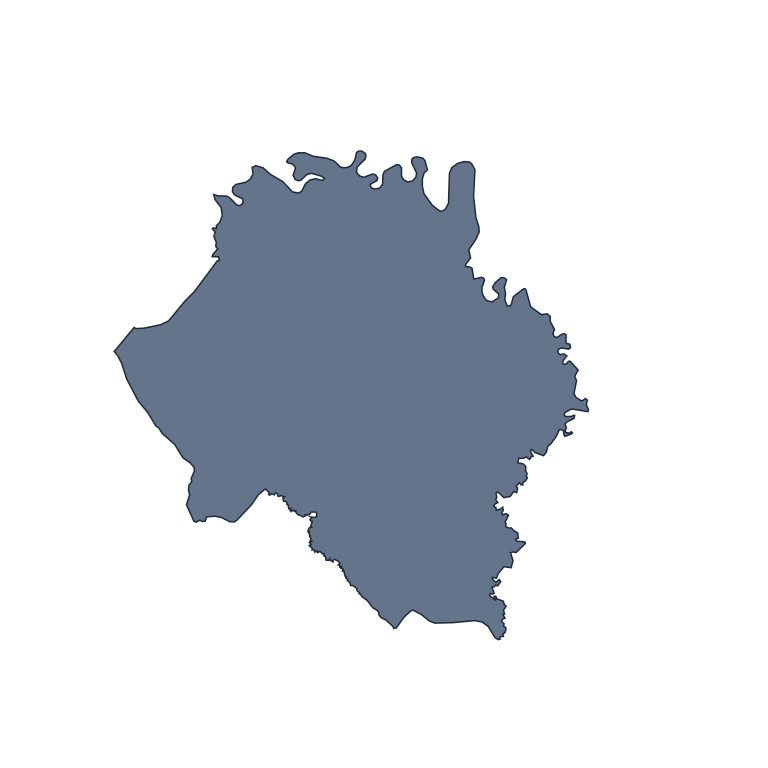 Kanthararom, Si Sa Ket, Thailand (Mercator projection), rotated 309°
{"feature_id": "78962969B19002153549753", "entity_name": "Kanthararom", "entity_type": "district", "adm_level": 2, "iso_a3": "THA", "parent_name": "Thailand", "parent_adm1": "Si Sa Ket", "projection": "mercator", "projection_center": [104.547, 15.116], "detail": "fine", "context": "isolated", "style": "filled", "palette": "slate", "viewbox_px": 768, "rotation_deg": 309, "n_neighbors": 0, "source": "geoboundaries", "source_scale": "gbopen_adm2", "svg_char_len": 6159}
<svg xmlns="http://www.w3.org/2000/svg" viewBox="0 0 768 768"><g transform="rotate(309 384 384)"><path d="M546.7,217.0L539.5,220.4L533.5,221.0L529.8,219.7L526.7,216.8L525.2,213.5L525.9,204.8L523.7,197.9L516.3,185.4L513.9,177.1L509.7,171.9L506.0,169.4L498.0,167.9L495.6,168.3L495.3,170.0L497.3,174.3L496.8,178.1L495.5,179.6L489.0,182.0L487.0,186.3L487.9,189.2L489.7,191.1L498.1,192.2L502.1,195.0L506.4,205.3L506.3,208.5L503.4,208.0L500.5,201.7L496.0,198.1L490.5,196.9L482.0,198.7L478.8,197.6L475.7,192.1L477.6,177.9L475.4,163.5L475.9,154.1L472.9,146.9L469.4,145.2L464.8,150.1L458.8,151.1L453.9,149.7L445.9,143.3L441.6,142.7L438.2,145.1L436.9,148.5L438.9,158.0L436.2,160.3L433.5,160.3L431.8,159.5L430.5,157.2L431.6,146.8L430.9,143.2L425.8,136.8L424.1,132.4L421.0,136.6L418.6,146.4L413.0,152.4L406.2,154.6L401.6,154.1L399.5,156.0L398.0,153.2L396.7,152.8L395.8,157.2L391.7,158.9L388.5,164.6L384.9,166.7L384.5,169.7L377.1,169.4L374.8,170.3L378.7,175.4L376.6,178.1L374.5,176.9L336.5,178.5L323.1,177.1L297.6,176.9L289.5,173.1L276.5,162.5L270.9,156.3L270.7,154.2L239.5,153.9L238.3,159.4L235.0,167.1L226.0,180.8L216.1,203.7L213.1,218.4L207.7,233.6L208.2,236.4L206.0,242.9L205.3,259.5L200.1,274.2L200.7,283.2L199.6,289.0L197.1,291.4L189.0,293.7L187.3,296.0L182.8,296.1L178.4,298.8L175.7,302.6L165.8,306.5L157.7,322.7L158.5,325.0L162.2,326.5L162.8,329.2L164.8,331.4L169.2,329.8L174.8,335.8L177.8,341.2L180.0,350.9L182.5,354.3L185.3,355.4L206.7,357.0L219.1,356.1L227.9,357.8L227.1,363.5L225.5,363.9L225.8,365.3L228.1,365.9L228.8,368.5L231.3,368.2L231.6,369.9L230.0,372.6L233.2,374.9L232.5,376.3L233.6,377.6L231.3,377.6L229.7,379.7L230.8,381.0L230.7,383.4L229.4,383.9L229.6,385.7L227.1,388.4L228.8,389.8L226.8,390.4L226.3,392.0L228.2,392.0L228.0,393.1L229.4,393.6L228.9,394.5L230.1,395.1L228.7,396.5L228.2,399.7L229.0,400.5L229.7,404.8L231.7,405.7L232.7,404.8L233.2,406.7L234.5,406.8L235.1,408.2L238.7,408.1L241.6,411.6L240.7,413.6L238.6,415.0L236.6,414.1L234.4,410.5L234.4,411.9L232.0,411.8L231.4,413.2L232.1,414.7L227.1,416.5L227.3,417.8L224.9,416.4L222.0,417.2L222.5,418.6L221.0,418.6L221.1,419.9L219.8,420.8L219.7,422.2L218.6,422.3L218.0,424.5L215.6,425.3L216.2,426.9L213.9,425.8L213.5,428.4L211.3,427.6L211.1,431.7L209.7,432.5L211.1,433.6L209.8,436.1L211.3,436.1L211.3,438.2L212.3,437.8L212.1,439.0L213.7,439.7L213.2,443.0L214.5,444.6L212.6,445.2L212.8,447.5L210.6,449.7L212.1,452.1L214.1,451.8L213.2,452.6L213.6,456.3L215.1,455.3L216.8,456.4L217.4,460.0L217.1,462.3L214.7,462.4L215.8,463.2L213.9,465.0L215.5,466.0L213.7,466.6L214.4,468.5L212.4,469.5L213.5,470.3L210.1,474.9L210.4,476.0L209.2,476.2L209.4,478.8L208.2,479.3L208.1,482.6L206.4,484.9L207.7,486.4L208.0,491.0L206.3,493.5L206.3,496.1L205.3,496.8L206.1,497.4L204.9,500.5L205.2,507.4L203.0,516.2L203.8,521.2L203.0,524.2L201.3,525.5L200.6,528.9L201.8,534.2L201.2,543.7L200.2,545.5L202.3,547.1L215.0,546.3L224.2,547.6L226.5,548.7L228.3,557.8L228.4,568.6L230.1,573.9L241.9,587.7L257.3,603.5L260.8,610.2L261.1,617.7L256.7,630.1L257.2,633.7L258.9,634.7L258.8,633.8L260.4,633.4L263.1,635.6L264.9,633.5L266.4,634.5L269.2,633.7L271.4,632.0L271.1,629.2L273.2,628.3L273.5,624.9L276.1,624.1L278.2,625.5L279.6,621.4L281.2,622.5L283.3,619.2L288.1,618.8L288.7,615.6L290.3,613.5L288.2,607.0L289.4,604.4L288.1,603.1L286.2,607.1L285.9,599.3L288.0,598.4L288.8,600.5L291.0,601.2L293.9,595.7L295.5,597.1L298.1,597.3L298.6,599.4L303.9,599.1L304.6,596.5L300.4,595.9L300.5,591.4L301.8,590.0L303.9,593.6L308.7,592.0L317.5,592.2L321.2,598.4L327.9,595.5L332.4,588.6L334.5,589.7L336.2,592.8L349.2,594.2L350.0,592.7L345.3,586.0L346.2,583.9L348.7,585.5L352.5,581.4L351.7,576.8L352.3,573.5L350.8,572.0L349.7,568.3L352.3,566.8L352.4,565.1L360.4,563.4L360.1,560.5L356.9,558.4L358.2,556.5L360.9,556.2L362.9,553.8L360.0,553.2L356.6,550.7L358.5,548.7L357.9,546.6L359.9,545.6L363.5,547.1L364.3,543.6L366.6,543.1L369.9,539.6L371.8,540.2L371.2,548.7L375.9,552.8L382.1,552.5L383.0,555.5L387.1,553.4L387.9,551.0L392.7,551.4L391.9,554.0L392.9,555.4L394.9,554.0L397.5,554.9L401.0,554.6L402.1,552.6L404.4,551.6L405.7,548.6L409.0,546.3L409.5,542.4L406.9,537.5L411.2,535.6L413.4,538.5L416.8,540.6L417.0,544.7L420.1,544.2L421.7,545.3L424.1,539.7L426.1,539.9L425.7,544.4L428.7,553.1L432.8,553.1L439.0,550.5L442.6,551.3L450.9,550.9L458.6,549.1L460.1,550.2L460.7,552.9L457.7,555.8L457.2,557.6L463.4,561.2L464.7,561.1L464.8,559.7L462.0,558.4L460.7,555.4L461.7,554.2L464.7,553.4L466.7,549.9L469.6,550.0L476.8,553.3L479.4,552.1L479.4,551.3L477.1,550.3L473.1,545.8L473.1,544.1L475.2,542.4L482.6,545.4L490.9,559.9L492.7,559.1L495.2,554.3L499.4,552.2L499.6,549.7L496.4,549.0L495.1,547.5L494.4,541.6L496.1,537.7L507.8,531.5L509.9,527.4L517.0,526.1L518.8,514.2L517.8,513.2L513.9,513.0L512.2,510.5L514.5,508.5L520.9,508.4L520.6,504.8L517.7,502.5L517.8,500.0L519.2,498.1L521.8,498.0L523.9,499.6L527.3,505.6L529.7,506.1L531.9,503.4L530.4,500.3L530.8,499.2L536.8,494.6L536.7,492.6L535.0,491.1L528.8,489.0L528.0,486.1L529.8,483.4L533.8,482.1L537.3,473.6L541.1,470.8L541.3,466.8L536.9,462.5L536.3,449.4L546.9,434.5L546.6,433.2L545.1,432.3L533.3,429.6L525.5,433.0L523.6,432.4L522.2,430.4L526.0,424.4L530.4,421.9L534.7,416.8L542.2,413.7L542.3,411.1L540.5,408.1L532.9,406.6L528.0,407.3L526.4,409.2L526.1,416.6L522.9,418.7L515.7,416.2L513.4,411.2L515.0,405.6L517.4,401.9L520.9,399.3L527.8,396.9L528.9,395.2L528.3,392.7L522.0,387.7L529.4,379.6L528.9,376.9L526.5,373.4L528.4,372.2L536.5,372.0L541.5,365.5L554.2,364.4L562.2,362.2L565.7,358.9L571.4,350.5L586.1,335.6L607.8,319.8L610.3,313.5L610.2,310.5L607.2,306.2L601.9,302.4L594.9,300.5L589.0,302.2L565.0,320.4L558.2,321.7L554.3,320.2L553.4,317.0L553.3,309.1L557.0,295.4L561.6,289.6L567.6,284.7L573.4,282.3L577.7,283.1L583.3,275.3L583.9,271.8L581.4,266.9L578.9,264.6L576.3,264.2L573.5,266.1L568.5,276.5L564.9,278.6L559.7,278.3L556.1,275.4L555.0,270.9L556.7,266.7L563.1,261.5L563.8,258.1L562.4,255.7L549.4,250.5L545.9,251.6L538.1,257.3L533.6,257.3L530.0,254.5L528.5,251.1L529.6,248.3L531.2,247.9L537.8,250.6L540.1,249.4L541.3,245.9L540.1,243.0L531.9,238.2L530.3,234.0L531.4,229.2L535.8,226.6L546.8,227.8L549.9,226.5L551.3,224.7L551.1,220.3L549.1,217.7L546.7,217.0Z" fill="#64748b" stroke="#1e293b" stroke-width="1.5"/></g></svg>